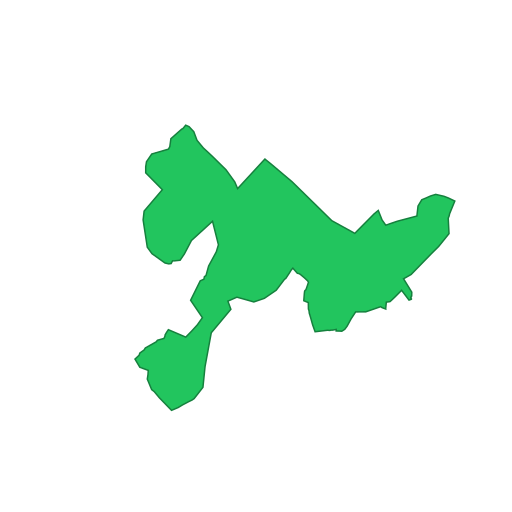 Tambuwal, Sokoto, Nigeria, rotated 221°
{"feature_id": "59680162B21010588258079", "entity_name": "Tambuwal", "entity_type": "district", "adm_level": 2, "iso_a3": "NGA", "parent_name": "Nigeria", "parent_adm1": "Sokoto", "projection": "albers", "projection_center": [4.75, 12.395], "detail": "fine", "context": "isolated", "style": "filled", "palette": "green", "viewbox_px": 512, "rotation_deg": 221, "n_neighbors": 0, "source": "geoboundaries", "source_scale": "gbopen_adm2", "svg_char_len": 2548}
<svg xmlns="http://www.w3.org/2000/svg" viewBox="0 0 512 512"><g transform="rotate(221 256 256)"><path d="M394.9,308.6L394.8,306.0L394.8,304.1L395.3,303.1L397.2,288.7L392.8,282.0L392.2,279.2L401.6,264.6L400.5,255.3L397.8,251.0L393.8,246.4L370.2,244.6L369.9,216.5L364.9,209.2L343.8,191.3L336.0,189.5L320.1,191.0L316.7,192.8L315.1,194.6L315.8,197.6L314.5,198.7L310.5,203.0L311.4,210.6L314.9,225.4L311.6,253.7L291.7,239.8L288.7,233.1L285.2,217.4L280.9,208.4L281.4,206.6L280.1,204.3L281.8,200.7L276.3,179.7L256.0,174.3L255.1,165.5L255.3,157.2L255.8,148.7L273.8,142.9L273.4,139.7L272.8,136.7L272.1,135.8L271.4,133.4L275.1,127.8L275.1,127.1L275.0,125.8L279.2,114.0L278.8,111.6L279.3,109.6L280.0,106.5L279.1,104.4L279.7,98.8L270.6,95.8L262.3,99.0L259.7,95.6L257.3,91.8L247.1,86.7L243.9,86.9L235.9,85.6L218.5,84.1L215.3,90.6L213.7,95.6L211.2,102.0L209.7,105.5L209.2,107.7L209.1,107.8L209.2,108.8L209.4,113.0L209.9,122.1L221.9,139.1L238.8,167.7L239.4,168.8L239.5,174.4L240.0,199.3L247.6,203.5L243.4,212.4L233.3,217.2L227.5,219.9L222.4,228.7L221.9,229.6L220.3,235.8L218.3,243.4L219.2,257.1L218.8,258.6L219.7,265.4L220.2,268.2L220.2,271.0L213.5,270.1L211.8,271.0L210.2,271.2L205.2,271.3L200.4,271.1L200.1,270.9L199.1,270.5L198.3,268.5L197.9,267.6L196.2,263.3L196.3,262.3L196.4,262.1L196.2,261.3L195.4,260.1L194.7,259.1L190.6,253.6L187.6,254.6L186.0,255.2L181.6,250.3L180.9,250.0L179.9,249.3L178.6,248.1L178.0,247.6L177.0,247.0L176.3,246.6L175.9,246.3L175.1,245.8L174.3,245.3L173.1,244.5L168.1,241.2L161.7,237.6L153.3,246.9L151.4,248.3L151.2,248.7L150.7,249.3L149.5,250.4L147.3,253.2L146.3,252.0L145.7,252.5L143.5,254.3L141.9,255.5L140.9,258.9L141.2,262.8L143.0,271.0L144.1,279.2L136.5,285.9L128.7,299.5L127.1,299.7L123.3,301.1L123.6,301.4L124.9,303.2L127.4,306.7L127.0,307.1L125.0,309.4L124.9,309.7L124.6,312.4L124.2,316.7L123.6,325.6L123.4,325.5L121.0,325.1L111.6,323.1L110.4,325.2L110.4,325.5L110.5,325.6L110.8,325.7L111.2,325.8L111.4,325.7L111.7,325.9L111.9,326.1L111.9,326.3L111.8,326.5L112.0,326.8L112.4,327.3L112.2,327.5L112.2,327.9L114.7,330.9L129.7,335.6L126.8,343.8L125.2,372.1L124.4,383.0L125.0,399.5L135.7,410.6L136.1,411.7L136.5,412.9L137.6,414.9L142.0,427.9L148.9,426.0L153.3,424.4L160.8,420.4L163.6,415.9L165.8,411.2L167.8,407.2L166.5,400.0L160.8,391.7L172.2,374.9L178.3,364.4L184.5,365.9L193.6,370.6L194.5,365.4L196.3,337.9L221.9,332.4L277.4,335.7L305.0,335.3L312.9,335.0L314.1,294.8L320.7,298.0L335.2,301.4L354.5,302.6L366.7,303.0L376.4,304.6L384.5,309.0L391.4,309.7L394.9,308.6Z" fill="#22c55e" stroke="#15803d" stroke-width="1.5"/></g></svg>